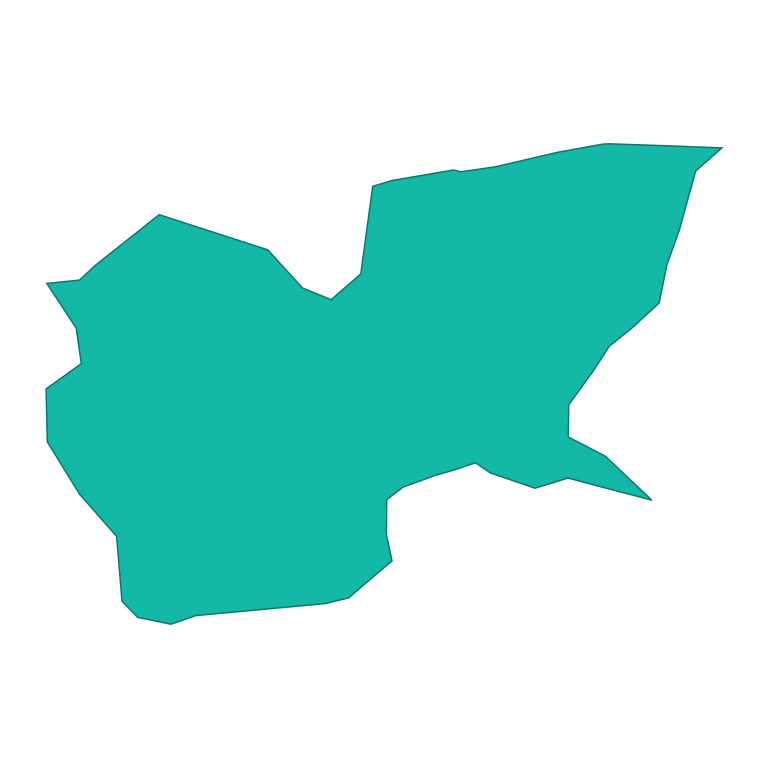 the district of Bamboutos, Ouest, Cameroon
{"feature_id": "32672807B7261733805593", "entity_name": "Bamboutos", "entity_type": "district", "adm_level": 2, "iso_a3": "CMR", "parent_name": "Cameroon", "parent_adm1": "Ouest", "projection": "albers", "projection_center": [10.332, 5.666], "detail": "fine", "context": "isolated", "style": "filled", "palette": "teal", "viewbox_px": 768, "rotation_deg": 0, "n_neighbors": 0, "source": "geoboundaries", "source_scale": "gbopen_adm2", "svg_char_len": 793}
<svg xmlns="http://www.w3.org/2000/svg" viewBox="0 0 768 768"><path d="M46.8,283.4L76.3,328.3L81.3,363.7L51.8,384.8L46.1,388.9L47.3,441.8L79.5,494.1L116.6,536.4L122.0,601.2L137.7,617.4L171.0,624.2L195.7,615.6L325.7,603.5L348.7,597.8L392.0,560.8L386.4,534.4L386.7,499.7L403.2,487.0L434.9,475.5L452.6,470.4L475.4,462.8L490.6,473.0L535.0,488.2L567.9,478.0L607.2,488.5L645.3,498.4L651.8,500.2L605.5,456.3L568.3,437.0L568.7,404.8L592.5,372.0L609.5,346.0L631.5,328.4L659.2,302.9L666.8,265.2L679.4,229.8L695.7,171.0L721.9,147.9L667.2,145.8L609.0,143.8L603.0,144.1L558.0,152.2L495.3,166.8L460.8,171.8L453.5,170.0L392.5,180.4L372.7,186.3L360.8,273.9L331.1,299.7L302.5,288.0L267.8,249.9L159.2,214.7L99.7,261.8L93.8,266.7L79.6,280.1L46.8,283.4Z" fill="#14b8a6" stroke="#0f766e" stroke-width="1.5"/></svg>